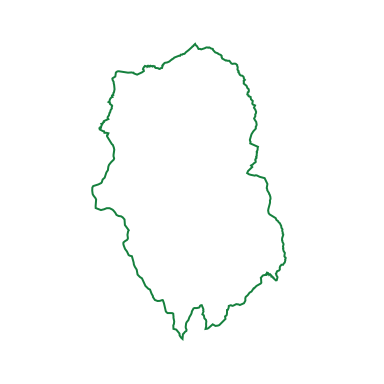 the district of Lunca Ilvei, Bistrita-Nasaud, Romania, rotated 197°
{"feature_id": "2599482B66912585754157", "entity_name": "Lunca Ilvei", "entity_type": "district", "adm_level": 2, "iso_a3": "ROU", "parent_name": "Romania", "parent_adm1": "Bistrita-Nasaud", "projection": "mercator", "projection_center": [25.011, 47.358], "detail": "fine", "context": "isolated", "style": "outline", "palette": "green", "viewbox_px": 384, "rotation_deg": 197, "n_neighbors": 0, "source": "geoboundaries", "source_scale": "gbopen_adm2", "svg_char_len": 6012}
<svg xmlns="http://www.w3.org/2000/svg" viewBox="0 0 384 384"><g transform="rotate(197 192 192)"><path d="M298.2,224.8L295.1,224.2L293.8,224.3L293.1,223.0L291.0,223.6L289.1,223.7L289.3,222.1L289.5,222.1L289.9,221.4L289.5,220.4L282.6,214.3L281.5,213.9L279.8,211.7L278.7,209.7L277.9,204.6L277.5,203.2L276.3,201.4L276.3,200.1L278.1,196.8L279.3,193.7L279.4,191.8L278.8,188.3L279.6,185.7L279.7,180.2L281.1,177.8L281.1,175.1L281.4,174.1L283.7,171.9L288.2,168.8L288.6,167.1L287.8,164.1L286.4,161.0L285.2,159.8L282.5,157.9L281.5,156.8L280.0,150.2L279.4,148.5L273.8,148.1L271.0,149.8L268.8,151.6L266.0,152.4L263.0,151.9L262.0,151.5L259.5,149.9L257.5,148.0L255.2,147.6L252.7,148.0L250.9,147.5L248.5,146.0L246.5,140.8L241.3,136.9L241.6,135.7L241.2,132.1L240.0,129.6L239.7,128.6L239.8,128.1L240.1,127.2L241.8,125.3L242.8,123.7L242.5,122.3L241.8,121.1L239.4,118.0L236.8,116.1L234.2,113.2L233.2,112.9L230.7,113.0L227.2,107.5L226.4,105.7L224.8,103.8L222.2,101.6L219.9,97.1L217.0,95.5L214.6,94.8L209.1,88.6L205.5,86.7L203.6,86.4L201.0,83.0L198.9,81.0L198.7,80.2L195.9,77.9L193.0,77.7L190.9,78.5L188.8,80.0L188.2,80.0L186.3,77.4L182.2,70.3L181.3,69.6L180.0,69.1L175.5,70.4L174.4,70.2L173.2,67.3L173.0,66.4L171.2,63.1L170.7,60.5L170.9,59.0L169.7,55.7L166.8,55.8L162.6,53.0L161.9,51.2L159.8,49.5L158.1,48.7L159.1,53.3L158.8,54.1L158.4,54.4L158.3,55.1L157.7,56.4L156.8,57.4L156.9,58.6L158.2,60.2L158.6,61.2L159.2,64.5L159.1,65.8L158.0,68.5L157.9,71.5L157.1,74.8L157.0,76.3L157.2,77.8L156.5,81.1L155.6,81.8L153.5,82.4L151.5,83.5L151.2,84.0L151.0,85.5L150.6,86.1L149.6,86.6L146.8,83.2L146.7,82.0L146.1,81.3L146.1,80.8L146.3,78.0L144.6,77.5L143.2,74.8L141.3,73.8L140.5,72.5L140.0,70.1L139.2,67.8L139.0,65.0L137.2,65.9L136.2,67.1L133.5,71.5L130.4,70.8L128.2,71.8L127.0,72.7L122.9,80.4L124.0,82.7L122.9,84.1L122.9,85.1L123.2,86.7L124.0,89.4L123.3,89.8L123.1,92.0L123.5,93.8L121.7,95.1L120.2,94.9L119.3,95.4L116.9,97.7L114.6,98.1L113.2,97.9L109.8,100.8L109.2,103.7L109.9,105.8L110.0,107.1L109.7,107.8L108.6,109.5L107.5,112.6L106.0,114.2L104.9,117.9L104.5,117.9L102.9,121.0L99.5,124.6L99.2,125.5L100.6,129.2L101.1,130.0L99.9,132.7L99.6,133.1L97.9,134.0L96.7,134.4L97.0,135.1L96.2,135.4L96.7,136.4L96.7,136.8L95.7,136.8L94.0,135.2L93.4,136.2L91.5,135.2L91.6,134.6L91.3,134.2L90.3,134.4L89.1,134.0L89.1,133.5L85.9,132.0L85.2,132.4L85.3,135.3L85.6,135.9L86.9,136.9L87.1,137.5L87.9,138.4L87.5,139.5L87.6,140.1L87.4,141.2L85.9,142.3L85.5,143.1L85.4,143.8L86.0,145.3L86.0,146.8L85.2,148.3L85.2,148.6L83.6,149.1L83.3,150.6L82.7,151.6L82.8,154.1L83.2,154.6L83.0,155.7L83.3,156.6L83.9,156.7L84.9,157.6L85.4,160.9L87.1,162.3L88.4,164.5L88.2,165.0L89.1,166.5L89.1,168.5L89.6,169.5L91.0,170.8L91.3,171.8L91.8,172.2L92.3,174.2L92.2,177.7L92.4,178.3L93.1,178.6L93.3,179.7L94.4,181.3L94.6,182.8L96.0,183.9L97.0,186.0L97.6,186.4L98.8,187.8L100.3,188.4L101.2,189.3L103.0,189.9L104.4,191.5L111.3,193.3L112.6,194.3L113.8,196.6L114.0,198.2L114.2,203.9L114.4,205.2L115.0,206.7L114.9,208.4L115.6,210.2L117.1,212.4L117.6,212.6L118.0,213.4L120.5,215.6L120.9,216.7L121.7,217.6L122.2,221.7L126.6,226.5L131.7,226.3L134.9,226.8L136.0,226.6L136.8,226.0L140.8,225.6L142.6,225.6L144.8,226.2L144.5,228.5L141.7,233.5L143.3,234.6L141.9,236.1L141.3,237.4L139.9,239.1L140.1,240.2L140.9,241.1L140.9,242.1L140.4,242.8L140.3,243.5L140.5,244.0L141.0,244.2L141.0,244.7L140.7,244.9L140.8,246.1L141.2,247.0L141.4,249.1L141.9,249.3L141.6,251.4L142.1,253.5L142.1,254.5L150.5,255.5L150.7,257.1L151.1,257.4L151.9,258.7L152.0,264.6L151.1,268.0L149.6,271.1L149.6,271.8L150.1,272.8L149.8,274.4L149.9,275.4L151.1,277.8L153.2,279.5L154.1,280.5L153.6,283.0L154.2,284.6L153.9,286.0L154.1,287.4L155.6,289.3L157.4,290.7L157.0,293.2L159.5,293.5L160.2,294.2L160.5,296.8L162.7,297.9L163.8,300.1L165.2,300.0L166.0,300.3L166.1,300.9L167.6,301.4L167.8,303.7L167.2,304.0L167.1,305.2L167.9,306.9L169.4,307.6L170.9,309.5L174.2,310.8L174.4,311.2L174.5,312.4L175.1,313.3L174.2,314.7L175.5,315.5L176.1,316.9L176.7,317.4L177.9,317.9L179.4,317.7L180.3,318.0L180.9,318.3L181.5,319.4L182.7,320.0L182.9,320.5L182.7,321.2L184.3,322.3L184.8,324.8L185.7,325.8L185.9,326.6L187.0,327.1L187.8,327.4L189.3,327.1L190.6,326.4L191.9,326.4L194.6,328.4L196.7,327.8L197.4,328.0L198.1,327.6L202.2,328.5L202.8,329.5L203.3,329.8L203.4,330.8L204.6,331.5L207.2,331.7L207.9,332.2L210.6,332.3L213.3,333.9L214.0,334.9L215.7,334.8L217.6,335.3L218.1,335.2L218.6,334.7L219.8,334.7L220.6,334.4L222.0,333.1L224.9,331.1L226.3,331.2L227.6,330.7L229.7,332.8L231.5,333.6L232.3,334.5L233.4,332.5L233.4,331.9L234.2,331.2L234.3,330.7L236.7,326.7L238.8,323.7L239.4,322.2L239.9,321.7L240.9,321.4L241.4,320.6L243.0,320.0L243.2,318.8L244.4,318.4L248.3,315.3L248.8,314.1L249.7,313.5L250.0,312.7L250.9,311.7L251.7,310.3L253.5,308.7L255.7,307.6L256.3,306.8L256.6,305.5L257.0,305.4L257.2,304.7L257.0,304.1L257.3,303.9L257.0,303.1L256.9,301.9L257.8,301.5L258.8,300.3L259.4,300.1L259.9,300.4L261.1,300.4L263.0,300.0L263.8,300.3L263.9,300.6L264.5,301.3L265.5,301.1L266.1,300.6L266.4,301.0L267.2,300.5L268.8,300.6L269.0,300.4L268.9,300.0L269.6,299.9L269.6,299.6L270.0,299.6L270.1,299.3L271.0,299.3L271.2,299.0L271.4,299.5L272.1,298.8L273.8,298.8L273.9,298.2L274.3,297.9L274.8,296.1L274.8,295.1L274.0,294.7L273.4,293.6L274.8,291.8L278.8,288.2L282.1,288.4L282.8,289.0L283.3,288.7L284.6,288.7L288.1,287.4L297.1,286.1L298.1,285.8L299.2,284.9L299.7,283.9L299.1,280.0L301.2,277.6L301.3,277.1L300.5,275.7L299.2,274.5L298.6,273.0L297.8,271.7L296.1,267.6L295.8,264.7L296.1,263.7L295.9,263.2L296.0,262.1L295.7,261.7L296.6,261.1L296.7,260.7L295.8,259.6L296.6,259.1L297.4,257.5L297.6,255.6L297.3,254.7L298.1,253.6L296.3,253.1L296.0,252.1L294.0,251.5L293.5,251.0L293.6,249.6L293.1,248.4L293.8,246.4L293.6,244.6L294.0,243.7L293.8,243.1L294.0,242.4L293.8,240.8L294.3,239.9L294.5,239.1L294.4,238.2L293.3,237.3L296.7,234.3L297.0,234.0L296.7,233.1L297.3,232.7L297.4,231.4L298.5,230.7L297.9,230.2L298.1,229.8L297.8,229.2L298.1,228.0L297.9,227.3L298.7,226.9L298.4,226.2L299.1,225.8L298.7,225.2L298.1,225.4L298.2,224.8Z" fill="none" stroke="#15803d" stroke-width="2"/></g></svg>